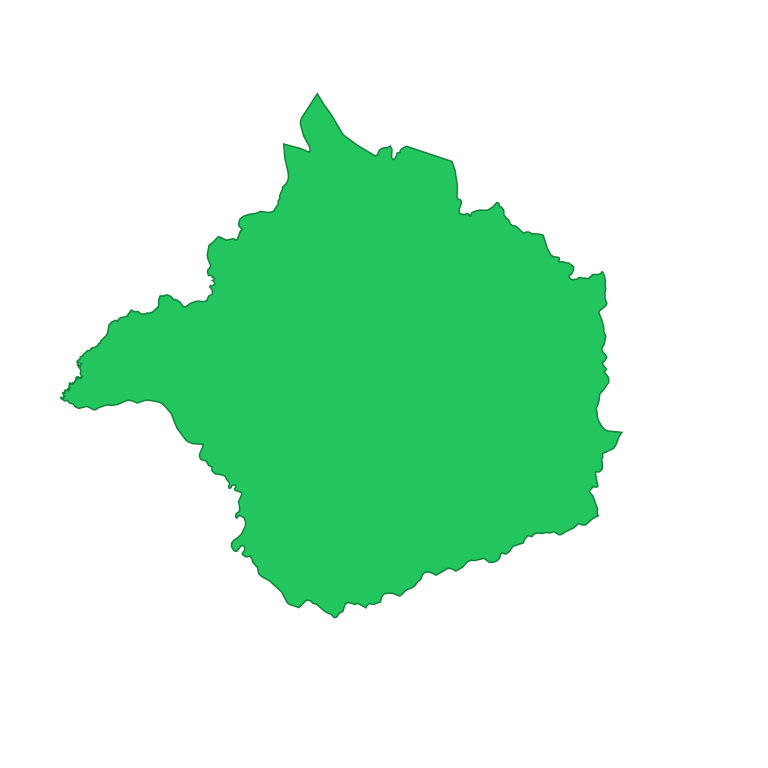 outline of Mueang Loei, Loei, Thailand, rotated 223°
{"feature_id": "78962969B17428732488190", "entity_name": "Mueang Loei", "entity_type": "district", "adm_level": 2, "iso_a3": "THA", "parent_name": "Thailand", "parent_adm1": "Loei", "projection": "albers", "projection_center": [101.792, 17.544], "detail": "fine", "context": "isolated", "style": "filled", "palette": "green", "viewbox_px": 768, "rotation_deg": 223, "n_neighbors": 0, "source": "geoboundaries", "source_scale": "gbopen_adm2", "svg_char_len": 6159}
<svg xmlns="http://www.w3.org/2000/svg" viewBox="0 0 768 768"><g transform="rotate(223 384 384)"><path d="M244.6,208.0L245.3,210.2L245.0,213.5L241.4,215.4L238.0,222.1L240.5,226.9L240.6,230.4L240.0,232.0L236.5,235.6L234.1,237.2L228.5,239.3L227.6,240.4L227.2,248.9L224.7,253.5L223.8,257.3L224.5,262.4L223.8,265.7L225.8,271.2L225.6,274.5L222.2,277.7L215.4,279.8L211.5,293.0L207.9,295.3L203.9,296.1L201.5,303.9L201.8,310.5L200.0,314.7L197.3,316.6L192.2,324.3L190.9,324.9L185.6,325.3L182.2,328.5L180.9,331.6L180.5,335.1L182.3,338.4L182.7,340.6L182.2,341.3L179.6,342.1L178.7,343.2L178.1,346.6L179.0,353.2L173.7,362.8L175.1,366.2L175.4,370.9L171.7,373.5L172.0,376.3L170.1,379.8L166.4,382.5L164.4,385.8L161.2,387.9L159.1,391.8L153.3,393.0L151.7,394.7L150.4,399.7L147.0,408.6L146.7,413.9L145.3,415.3L143.2,415.9L140.5,418.2L139.8,426.4L138.7,431.0L137.3,433.7L139.7,434.6L142.8,438.4L154.9,444.6L159.3,445.1L160.7,445.9L161.0,451.5L158.2,453.5L157.8,455.1L168.6,462.9L169.0,464.2L166.4,466.8L166.6,470.9L170.2,474.9L173.2,477.0L174.0,479.5L176.6,482.2L172.1,493.7L173.2,499.0L176.2,505.5L177.0,510.9L188.0,502.5L190.6,501.3L196.0,501.5L201.7,503.3L205.9,505.6L208.8,508.6L212.4,510.8L213.0,513.9L215.8,519.1L219.3,523.6L219.5,529.7L220.7,537.9L221.7,539.8L224.8,542.0L231.4,543.2L231.2,546.6L235.7,547.2L239.0,548.5L238.3,550.8L239.1,555.2L240.5,556.0L246.2,556.8L248.2,557.8L249.5,559.8L249.9,563.0L254.5,570.3L258.9,572.2L262.3,575.7L269.9,580.2L275.4,582.6L276.4,584.5L275.5,588.9L275.3,593.3L275.9,594.9L280.5,597.1L284.9,601.7L286.8,604.9L289.4,606.8L293.1,611.1L298.0,614.2L300.1,614.9L301.1,614.8L300.8,612.7L301.6,610.8L306.3,606.0L305.7,604.2L306.4,602.7L306.3,600.1L309.5,598.5L310.7,596.7L312.3,596.3L314.1,594.7L314.3,592.4L317.4,588.6L318.7,588.2L321.5,588.4L322.5,589.7L321.8,592.4L322.9,596.3L325.4,599.1L331.5,598.5L332.4,597.5L336.9,595.2L339.6,592.5L341.4,595.7L342.4,595.8L347.2,592.6L350.1,592.3L357.2,594.7L369.1,601.4L371.8,600.2L378.4,594.8L381.7,593.9L383.5,592.4L384.5,589.5L395.3,589.4L398.3,587.4L400.8,587.1L404.1,588.8L406.5,589.2L407.4,588.3L409.3,589.3L411.3,589.2L415.1,592.9L418.7,593.4L420.8,592.7L423.4,594.6L425.3,593.5L425.1,587.9L426.8,581.7L433.1,575.9L436.1,570.8L436.6,568.9L435.3,565.9L436.7,565.4L437.6,566.1L438.1,565.5L439.4,565.5L440.8,562.6L444.9,560.2L448.1,562.9L450.4,568.3L452.0,570.3L453.3,570.8L456.3,569.7L458.4,570.7L463.9,577.4L468.1,581.1L478.1,588.9L486.1,593.1L529.9,573.1L531.4,568.2L531.2,565.7L530.3,563.9L531.9,562.0L529.8,557.3L530.3,554.5L531.5,554.3L533.3,555.2L538.1,561.0L541.7,562.4L542.9,558.9L545.4,556.3L546.7,553.4L546.7,550.7L545.0,547.2L545.7,544.9L567.2,540.3L583.8,538.4L606.2,545.0L618.1,547.3L630.7,550.8L625.8,522.7L624.2,519.1L621.9,516.7L611.9,510.6L599.2,506.3L597.0,503.6L597.0,502.7L598.1,502.0L605.5,499.4L621.0,491.1L610.1,481.2L598.3,473.3L595.0,470.2L593.4,467.8L592.2,464.0L592.5,458.7L591.5,457.9L588.7,450.5L586.7,448.6L586.4,445.9L584.0,443.3L583.1,437.0L582.5,436.3L583.2,433.7L585.3,430.8L592.1,426.0L593.4,422.5L598.5,415.8L601.3,410.6L601.8,406.4L600.3,403.1L598.1,400.7L593.0,400.2L593.2,397.4L590.0,389.7L590.4,388.0L593.1,387.8L597.3,381.7L605.2,379.2L605.8,378.0L605.6,372.9L606.5,365.9L601.0,357.5L597.7,355.2L591.9,352.6L590.7,350.5L590.8,347.9L589.7,345.7L586.3,343.6L584.5,345.5L583.4,345.6L582.1,344.7L581.1,345.7L579.7,345.3L579.4,344.6L580.1,342.6L577.6,343.0L575.8,341.1L576.3,339.2L578.1,337.7L578.0,336.8L577.2,336.1L572.8,335.3L572.7,334.5L570.8,332.8L572.2,328.6L570.6,324.5L570.7,323.4L572.6,320.8L577.1,317.3L580.5,311.3L581.8,305.0L583.4,303.7L589.0,304.8L592.9,304.1L595.5,302.4L600.1,302.6L603.6,301.2L605.3,297.9L607.8,295.8L605.9,291.4L602.3,287.6L601.8,286.2L602.2,279.4L603.9,275.7L605.8,274.3L606.8,272.0L609.4,269.6L613.3,269.2L616.0,266.5L619.3,265.8L618.3,258.2L622.2,252.0L622.2,249.6L621.4,248.1L623.8,247.5L625.6,243.3L625.4,239.6L620.7,232.4L620.2,229.2L620.6,222.3L619.4,220.7L620.4,219.0L619.6,216.8L620.5,213.7L622.5,210.6L621.9,207.9L623.6,206.4L624.0,199.3L623.5,199.0L624.5,196.5L623.5,195.6L623.9,191.3L623.2,190.4L621.8,191.0L621.6,191.8L618.9,192.4L619.0,190.0L621.4,189.9L621.4,188.9L620.0,189.1L619.5,188.3L619.0,189.0L618.3,188.4L617.9,189.1L617.4,187.9L616.0,187.8L614.2,186.1L613.2,184.4L609.7,183.1L609.4,181.8L610.5,181.7L610.2,180.8L611.0,181.0L612.0,179.9L612.5,180.7L613.4,179.6L612.9,179.3L613.4,178.3L612.3,178.3L612.7,177.5L611.7,176.2L612.2,174.9L611.5,174.5L611.4,173.5L612.4,172.6L611.5,171.9L614.7,170.3L614.1,169.5L613.2,169.6L613.6,169.0L612.4,166.9L611.3,167.1L611.8,165.8L610.4,165.3L610.9,164.8L610.5,164.2L611.9,164.3L611.5,162.7L612.7,162.5L613.2,161.7L611.1,159.7L611.6,158.8L613.0,158.8L612.7,157.8L611.9,158.2L610.8,157.1L609.6,157.5L609.0,156.9L609.7,155.6L608.6,154.9L609.4,154.0L611.1,154.0L610.8,153.1L605.7,154.0L604.3,156.0L601.0,155.6L597.6,157.4L594.1,156.9L590.6,158.0L585.9,165.1L578.5,167.3L577.2,168.7L576.8,171.4L572.6,179.5L568.2,183.1L564.8,187.4L561.4,195.6L559.6,198.0L557.0,199.8L551.5,201.8L548.0,208.4L545.5,211.4L536.1,217.4L533.3,218.2L529.8,218.4L519.6,217.3L505.4,210.5L490.3,207.8L487.4,208.3L483.0,210.1L475.1,216.5L473.8,214.5L470.8,206.4L468.2,204.5L466.2,204.0L461.3,206.4L457.0,204.9L453.4,206.0L450.6,203.2L446.3,203.1L440.3,207.1L437.3,208.2L432.9,206.6L429.6,206.3L428.4,204.9L428.0,203.2L426.1,202.1L425.1,204.0L426.0,205.7L425.8,207.0L423.3,208.8L421.9,207.8L422.0,205.5L420.4,204.7L414.3,207.5L412.6,205.8L410.1,198.5L406.4,196.1L403.1,192.8L403.6,188.1L402.0,185.6L400.2,185.6L400.3,188.1L399.5,189.7L394.7,190.6L392.3,189.5L388.9,186.4L385.9,177.1L386.2,171.6L387.3,167.2L386.9,163.7L384.7,161.1L380.4,159.9L378.4,160.4L377.6,161.3L378.1,167.7L377.1,169.6L375.1,169.9L372.7,167.5L372.1,163.4L371.0,162.7L366.8,163.5L364.5,167.1L363.5,166.2L361.6,166.2L358.6,164.2L351.1,163.4L346.8,160.1L345.0,159.7L342.1,159.8L332.8,162.0L317.0,162.1L305.6,158.0L302.8,158.3L293.7,162.5L293.3,173.0L291.1,174.8L289.5,175.3L286.8,175.1L282.9,177.0L273.9,177.2L270.2,177.7L265.7,179.5L261.4,179.2L260.4,179.7L259.7,181.3L260.3,185.9L259.0,189.7L261.9,195.6L262.0,197.9L261.3,199.7L254.7,203.1L253.7,205.7L244.6,208.0Z" fill="#22c55e" stroke="#15803d" stroke-width="1.5"/></g></svg>